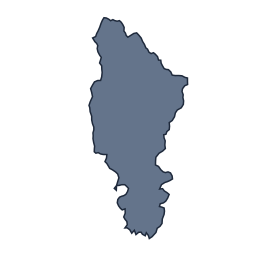 São José da Safira, Minas Gerais, Brazil (Equal Earth projection), rotated 14°
{"feature_id": "56859067B51877249726479", "entity_name": "São José da Safira", "entity_type": "district", "adm_level": 2, "iso_a3": "BRA", "parent_name": "Brazil", "parent_adm1": "Minas Gerais", "projection": "equal_earth", "projection_center": [-42.12, -18.326], "detail": "fine", "context": "isolated", "style": "filled", "palette": "slate", "viewbox_px": 256, "rotation_deg": 14, "n_neighbors": 0, "source": "geoboundaries", "source_scale": "gbopen_adm2", "svg_char_len": 2475}
<svg xmlns="http://www.w3.org/2000/svg" viewBox="0 0 256 256"><g transform="rotate(14 128 128)"><path d="M71.9,49.2L74.9,52.2L77.1,53.5L78.7,55.3L78.9,58.4L80.4,61.4L82.7,64.0L85.0,66.0L84.9,68.8L84.7,71.8L87.4,74.0L88.4,77.4L89.5,80.4L90.1,84.8L89.9,88.5L87.0,89.3L84.3,91.4L83.2,95.0L82.2,98.9L84.1,102.2L86.0,106.2L85.0,111.7L84.7,115.5L86.0,117.6L87.3,121.3L89.9,125.3L90.8,128.9L92.5,132.4L94.6,135.4L95.3,138.1L95.2,141.3L96.1,144.0L96.6,146.8L98.2,150.4L100.0,153.7L100.4,156.4L101.0,159.2L102.9,160.2L105.1,159.1L107.6,159.8L110.3,159.7L113.9,158.9L114.4,162.4L113.8,166.2L116.0,167.5L118.2,169.7L120.0,171.6L122.9,172.3L126.5,173.6L129.1,175.1L131.2,178.5L131.0,182.3L130.8,186.6L133.2,185.9L135.7,184.5L138.6,183.8L140.7,184.9L143.1,186.5L142.9,189.9L142.0,192.9L140.2,194.7L138.3,195.8L136.5,197.2L135.4,199.8L135.7,203.2L137.7,205.8L140.1,207.8L142.2,208.9L144.7,207.2L145.9,211.3L145.4,215.4L147.2,217.3L149.5,219.0L150.7,222.0L149.2,225.7L151.3,225.1L154.3,226.3L157.1,229.2L158.9,225.7L161.5,229.5L163.6,226.6L165.9,225.9L167.7,227.6L170.8,228.4L171.1,225.2L173.8,227.4L175.4,230.1L177.7,227.6L179.1,225.0L180.4,222.6L180.6,218.2L182.8,215.7L184.1,212.4L183.3,207.9L183.9,203.1L183.5,199.8L182.4,196.9L180.1,196.6L177.5,196.6L177.6,193.7L180.5,192.1L182.3,189.9L183.4,186.6L184.0,182.5L181.3,181.2L178.5,180.3L176.2,178.5L173.4,179.6L174.2,174.8L177.0,171.9L179.1,170.6L181.3,168.9L183.5,166.7L182.4,163.8L180.1,161.3L177.5,160.9L175.1,162.2L172.8,162.1L170.0,160.6L166.9,157.9L163.6,157.2L162.8,153.7L162.1,149.7L164.2,145.0L167.2,142.0L169.2,138.9L167.9,135.7L167.2,131.5L165.4,128.9L164.3,125.9L166.3,124.9L166.6,122.0L168.4,119.6L167.9,116.3L166.7,112.8L169.1,110.0L170.4,105.9L170.3,101.9L171.5,98.6L174.8,95.5L176.0,91.7L175.4,88.2L173.9,85.2L173.5,82.4L171.6,79.5L171.4,76.7L172.8,73.3L175.3,71.4L174.5,68.6L173.6,65.1L171.0,65.1L167.7,64.3L164.6,64.8L161.1,65.7L158.1,66.0L155.9,63.2L153.1,61.6L150.8,61.9L148.7,61.6L146.6,59.5L144.5,57.1L143.4,54.3L141.2,54.7L139.4,51.6L136.5,49.7L134.5,48.8L132.4,50.2L130.0,49.4L127.9,46.8L125.9,45.9L123.7,42.9L121.3,40.6L119.0,37.5L115.9,35.2L113.4,33.6L110.7,34.9L108.3,37.4L105.9,39.9L103.9,38.7L102.6,36.6L100.6,34.9L99.9,31.3L97.9,28.9L95.8,27.0L93.7,25.9L91.6,27.0L89.2,27.0L87.1,26.5L85.2,28.1L83.0,27.1L80.4,26.5L78.0,26.8L77.1,29.6L76.5,33.2L76.2,37.0L75.5,41.1L74.8,43.8L74.5,47.1L71.9,49.2ZM130.8,186.6L129.3,189.9L131.7,191.2L130.8,186.6Z" fill="#64748b" stroke="#1e293b" stroke-width="1.5"/></g></svg>